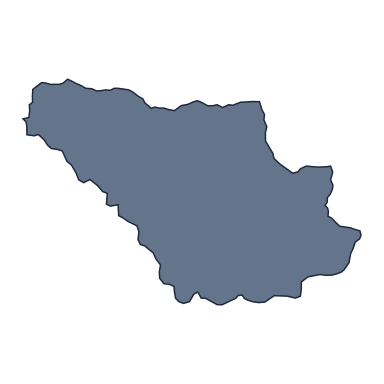 outline of Santa Inês, Paraíba, Brazil
{"feature_id": "56859067B59981406570514", "entity_name": "Santa Inês", "entity_type": "district", "adm_level": 2, "iso_a3": "BRA", "parent_name": "Brazil", "parent_adm1": "Paraíba", "projection": "orthographic", "projection_center": [-38.582, -7.667], "detail": "fine", "context": "isolated", "style": "filled", "palette": "slate", "viewbox_px": 384, "rotation_deg": 0, "n_neighbors": 0, "source": "geoboundaries", "source_scale": "gbopen_adm2", "svg_char_len": 2073}
<svg xmlns="http://www.w3.org/2000/svg" viewBox="0 0 384 384"><path d="M26.9,134.8L34.4,135.8L38.3,134.5L44.2,139.9L47.5,145.1L51.2,148.5L57.7,149.5L62.3,151.0L66.9,161.3L71.5,165.1L76.0,172.8L78.8,179.9L83.7,182.7L89.9,179.5L97.7,185.7L102.7,191.6L107.3,193.4L106.4,204.1L110.3,206.1L118.1,204.8L118.7,215.7L123.0,217.9L128.1,221.5L136.9,225.8L138.9,231.8L138.0,239.5L140.3,244.4L144.9,246.0L149.9,250.2L153.2,252.8L156.0,259.0L160.5,265.0L159.3,271.9L159.7,278.3L163.8,283.6L170.3,284.6L174.1,286.6L174.3,290.9L175.6,298.3L178.8,301.6L183.5,303.4L189.5,301.6L193.9,294.1L197.7,292.0L201.3,298.2L205.2,298.2L211.3,301.4L217.0,304.6L222.1,304.8L229.9,301.0L235.6,298.4L238.2,295.5L242.1,295.0L244.4,298.4L247.8,300.2L253.2,301.8L258.7,302.6L264.8,302.1L274.2,295.7L286.8,296.1L295.4,298.1L300.3,296.3L301.3,289.3L301.3,282.0L307.9,276.9L320.1,274.5L325.8,275.3L331.7,275.1L336.0,274.1L341.1,272.2L344.1,269.8L349.0,262.7L350.6,253.7L353.2,248.2L355.2,242.1L359.6,238.9L361.0,235.3L359.9,230.8L355.2,229.5L350.0,227.7L345.7,227.1L339.6,226.2L335.7,222.4L331.9,218.3L328.0,216.2L328.4,211.6L327.6,208.1L325.1,205.3L327.2,202.3L327.4,197.5L330.3,194.1L332.5,189.0L332.9,185.0L330.6,179.8L332.7,172.0L330.6,166.1L326.1,166.8L317.4,167.1L306.3,166.1L300.5,168.7L298.0,171.8L292.7,173.2L279.7,163.9L273.9,158.3L272.9,153.4L265.5,141.0L265.4,132.7L266.8,126.7L263.9,119.9L264.5,114.6L261.9,109.7L259.5,101.7L252.5,101.5L246.1,102.0L240.6,102.2L232.7,105.3L228.8,104.7L222.7,107.5L217.0,104.7L213.0,105.7L207.8,105.8L201.0,102.1L197.1,100.7L193.1,102.0L187.8,104.4L181.5,105.5L174.4,110.6L169.2,109.7L164.0,108.1L159.2,108.1L155.0,107.1L151.1,108.3L148.0,105.4L145.0,103.1L142.8,98.8L138.4,96.4L132.9,92.1L128.9,89.9L122.5,88.9L117.7,88.3L114.0,88.3L110.5,90.3L105.6,89.9L101.3,90.6L96.6,91.0L91.7,88.7L85.8,88.3L81.3,85.7L76.8,83.8L73.2,81.9L67.7,79.2L63.2,83.0L59.6,84.3L50.6,84.4L45.7,83.0L41.7,82.6L36.9,86.2L32.8,89.4L32.4,96.3L32.6,102.2L29.3,104.9L29.7,110.9L28.8,117.6L23.0,118.8L26.1,122.0L26.8,126.4L26.9,134.8Z" fill="#64748b" stroke="#1e293b" stroke-width="1.5"/></svg>